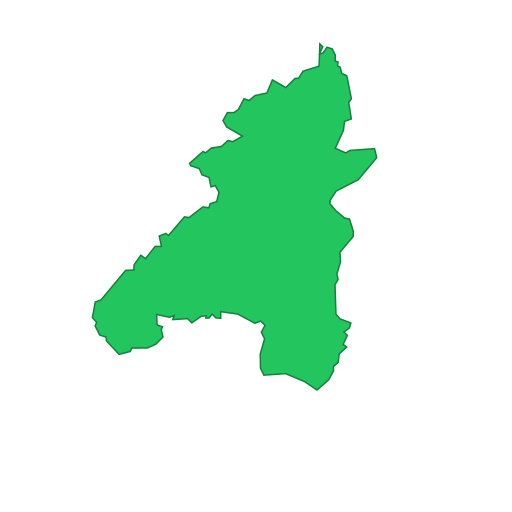 Negotino, Negotino, North Macedonia (Albers equal-area conic projection), rotated 58°
{"feature_id": "65306769B63258214258120", "entity_name": "Negotino", "entity_type": "district", "adm_level": 2, "iso_a3": "MKD", "parent_name": "North Macedonia", "parent_adm1": "Negotino", "projection": "albers", "projection_center": [22.101, 41.515], "detail": "fine", "context": "isolated", "style": "filled", "palette": "green", "viewbox_px": 512, "rotation_deg": 58, "n_neighbors": 0, "source": "geoboundaries", "source_scale": "gbopen_adm2", "svg_char_len": 1834}
<svg xmlns="http://www.w3.org/2000/svg" viewBox="0 0 512 512"><g transform="rotate(58 256 256)"><path d="M131.1,212.5L147.2,204.0L146.7,215.1L143.2,218.5L144.8,227.3L140.8,236.5L141.8,244.1L139.3,245.5L142.2,263.3L144.9,263.5L151.9,257.8L158.5,258.8L164.5,254.2L173.5,257.6L174.7,253.2L182.4,253.7L189.1,260.6L187.3,267.1L190.1,270.4L186.2,275.1L187.9,292.4L184.9,295.9L192.2,319.3L189.0,320.7L187.8,327.5L197.8,331.1L194.4,336.4L199.7,351.1L194.3,353.3L198.9,364.1L203.1,367.1L199.1,374.2L211.1,410.7L209.8,416.6L221.5,427.4L227.7,426.3L230.1,429.5L240.2,430.4L245.3,426.2L248.9,427.8L266.9,424.2L270.3,413.3L268.3,410.1L276.5,396.7L277.7,387.6L275.4,377.8L268.4,375.5L266.5,372.8L262.1,376.4L252.9,371.3L262.1,361.9L263.1,357.1L265.8,360.3L272.9,347.2L278.7,345.9L278.1,334.3L280.3,329.9L282.1,331.4L283.7,328.7L282.1,324.0L287.3,322.8L290.1,318.9L284.5,315.4L295.6,302.2L312.4,292.6L313.7,286.6L319.5,285.0L323.4,291.8L330.8,292.6L341.3,304.3L353.4,311.6L361.2,312.5L371.4,293.3L388.4,281.3L402.0,275.3L399.5,259.9L394.5,251.2L390.8,249.0L389.6,242.5L383.1,237.3L381.3,227.3L377.2,229.0L371.7,220.5L367.1,221.8L366.5,214.9L363.0,211.0L353.8,218.1L347.7,219.0L322.2,204.2L319.5,198.9L314.1,196.9L305.7,187.4L297.3,182.8L291.0,163.3L286.9,160.5L274.2,157.1L270.8,160.7L259.9,164.3L250.8,165.6L247.9,163.4L243.4,153.5L245.5,128.9L236.6,101.5L227.8,98.6L216.2,120.5L216.2,125.2L206.7,131.7L195.9,115.4L188.8,109.6L190.3,102.5L174.9,96.0L173.3,91.8L151.3,83.5L146.6,86.5L140.4,84.6L137.9,86.1L135.0,83.6L132.6,85.5L127.8,82.3L120.8,81.6L116.6,85.1L119.4,91.9L118.3,95.0L113.9,88.5L110.0,89.5L128.4,101.9L124.2,118.1L127.8,125.7L126.1,128.8L128.9,141.5L115.3,148.8L123.6,160.3L119.4,171.7L120.4,179.6L116.2,182.8L122.5,193.4L122.7,198.7L119.2,204.3L123.6,212.2L131.1,212.5Z" fill="#22c55e" stroke="#15803d" stroke-width="1.5"/></g></svg>